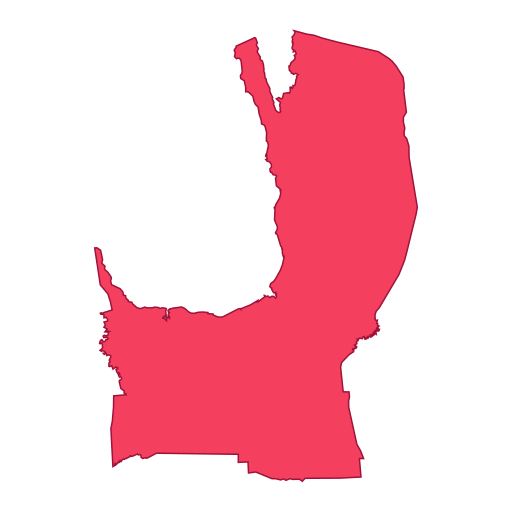 outline of Agusan del Norte, Agusan del Norte, Philippines
{"feature_id": "2640588B29392713909073", "entity_name": "Agusan del Norte", "entity_type": "district", "adm_level": 2, "iso_a3": "PHL", "parent_name": "Philippines", "parent_adm1": "Agusan del Norte", "projection": "orthographic", "projection_center": [125.42, 9.081], "detail": "fine", "context": "isolated", "style": "filled", "palette": "rose", "viewbox_px": 512, "rotation_deg": 0, "n_neighbors": 0, "source": "geoboundaries", "source_scale": "gbopen_adm2", "svg_char_len": 6029}
<svg xmlns="http://www.w3.org/2000/svg" viewBox="0 0 512 512"><path d="M406.4,112.2L403.6,89.5L404.1,88.6L404.0,83.8L403.0,76.9L396.2,66.1L392.1,61.2L388.8,58.4L378.4,51.7L336.2,41.8L322.3,38.1L314.2,35.3L306.7,34.1L294.0,30.7L295.1,32.1L293.9,35.1L292.1,36.9L292.7,39.5L292.1,41.9L293.2,42.9L292.6,43.6L293.1,44.0L292.0,47.9L292.5,49.4L293.6,49.8L293.3,51.9L295.3,51.2L296.2,54.0L294.2,55.4L295.2,57.4L294.6,59.5L291.1,62.6L289.9,65.8L288.9,66.1L289.4,70.4L291.0,71.8L291.3,73.1L292.4,73.2L293.5,74.4L295.7,73.4L298.1,74.5L296.5,76.4L296.8,78.2L296.1,79.0L295.1,84.9L293.7,85.8L293.0,85.5L292.9,87.5L292.1,88.5L291.1,87.0L290.0,87.3L290.3,90.9L289.5,93.1L288.3,92.7L283.6,93.4L282.6,97.6L281.7,98.6L281.1,98.9L278.9,97.5L276.3,98.9L280.4,102.4L279.7,105.0L280.3,108.2L280.0,109.8L280.8,111.2L280.5,111.9L278.4,112.5L275.8,110.4L273.5,104.2L273.9,102.5L272.3,99.0L272.7,97.6L269.9,91.7L269.8,88.3L266.7,82.2L266.1,78.9L265.0,77.9L264.6,73.3L263.7,70.7L264.0,69.6L263.4,64.4L262.3,60.9L260.2,59.5L260.2,56.8L257.1,51.8L258.4,48.5L256.6,45.8L256.5,44.3L257.4,42.8L255.6,38.0L254.8,37.6L236.2,46.1L236.0,47.5L234.3,49.9L234.3,50.9L235.3,52.5L234.5,56.7L236.6,58.8L238.2,58.1L239.7,58.5L241.1,60.9L242.2,71.2L241.9,73.2L240.4,75.6L240.7,78.5L244.2,80.7L245.7,87.3L245.7,91.8L246.9,91.6L249.1,92.6L252.9,96.2L253.9,101.0L255.4,104.4L258.1,107.1L259.1,113.7L261.3,120.6L261.5,123.9L264.2,125.1L265.1,126.6L266.6,132.6L266.3,140.9L267.6,142.0L268.4,145.4L266.6,153.9L266.0,154.3L266.7,155.3L265.8,155.5L265.6,156.2L267.0,157.4L267.1,159.3L265.8,159.5L267.1,161.2L269.2,161.7L271.3,164.1L271.4,167.1L270.0,168.7L270.1,171.2L270.6,172.3L271.5,172.3L273.3,174.9L275.5,175.0L276.3,175.7L276.5,176.4L275.5,178.2L276.4,185.8L280.8,189.7L280.6,190.8L280.2,190.5L280.7,193.4L279.6,198.1L276.0,204.1L274.9,207.7L274.4,207.3L274.2,207.7L275.0,209.9L274.5,219.9L277.4,226.8L277.2,229.5L275.5,232.6L276.2,234.4L276.2,232.9L277.5,235.3L280.6,245.7L281.8,247.7L281.9,249.2L282.3,249.2L282.4,253.3L283.1,255.9L283.4,256.7L284.0,256.2L284.2,256.9L282.4,264.8L280.3,270.3L275.6,278.8L274.1,280.9L270.7,283.6L269.8,286.4L270.6,287.7L271.7,288.1L271.8,289.6L273.7,292.9L275.8,292.5L275.7,293.5L276.5,294.0L275.5,294.8L276.7,296.1L275.6,298.1L273.7,296.4L272.1,296.2L269.8,297.6L267.9,296.0L265.7,296.6L264.8,295.4L264.3,295.4L265.0,296.6L258.4,301.6L257.3,301.9L257.8,300.5L250.4,304.9L240.9,308.8L240.9,309.3L240.4,308.6L238.5,308.8L222.5,317.0L219.0,317.1L216.4,316.4L213.4,315.1L213.1,314.0L208.0,313.7L208.0,312.5L202.6,312.0L198.1,312.3L194.2,313.3L191.0,313.1L188.5,311.8L184.9,308.5L181.6,307.0L172.5,308.2L170.2,309.2L170.0,308.8L168.0,310.3L168.5,312.3L169.4,312.5L168.2,314.5L168.2,316.2L168.6,315.7L169.5,316.4L169.5,318.2L168.5,317.4L166.8,318.1L166.7,317.2L165.5,316.9L166.3,317.8L166.5,320.6L164.3,318.5L162.7,317.9L162.7,317.4L164.4,317.0L165.1,315.6L166.2,315.6L165.7,310.8L166.4,309.0L165.9,308.3L162.4,307.8L159.9,308.4L158.4,307.5L154.6,307.1L152.3,307.8L147.4,307.9L144.8,307.1L140.7,308.6L137.1,307.8L132.8,304.1L131.7,302.1L129.4,301.9L128.2,301.2L128.4,300.5L125.8,298.0L125.6,295.6L123.6,295.3L122.8,291.8L120.1,288.7L111.6,284.7L110.6,281.0L111.4,278.2L111.1,277.0L107.9,272.2L105.0,269.7L104.5,268.5L105.0,266.1L101.8,263.3L102.6,259.7L100.6,250.3L97.0,247.8L94.7,247.9L100.3,284.9L107.9,293.9L110.5,302.2L112.1,310.0L103.9,312.5L102.8,313.3L101.4,312.8L100.3,313.2L100.6,314.1L103.9,314.5L104.0,317.9L106.3,317.3L107.8,319.9L107.5,321.0L104.0,322.0L105.4,325.1L103.9,327.2L107.1,329.0L104.9,331.9L106.7,332.0L107.6,331.0L109.2,331.5L107.8,332.0L108.3,333.1L108.1,335.0L106.0,335.7L104.2,335.2L103.1,336.1L103.7,337.6L107.1,337.2L108.1,338.4L107.5,339.4L106.0,339.4L105.6,340.7L104.3,341.7L103.3,341.6L101.8,339.6L100.5,340.4L99.5,343.2L100.1,343.8L101.8,343.0L102.4,344.8L102.5,348.3L100.0,350.3L101.4,351.3L102.7,350.6L105.0,351.7L105.1,353.2L103.3,353.3L104.2,354.4L106.0,353.2L106.8,355.6L108.7,354.9L110.6,355.6L110.9,356.8L109.2,360.2L110.2,361.9L109.0,362.8L108.8,366.1L109.4,366.6L111.7,365.8L113.0,369.1L115.7,367.1L117.8,367.9L117.8,368.5L116.0,369.4L116.5,371.2L117.4,373.0L118.6,372.6L119.4,373.2L119.6,374.3L118.3,374.2L118.3,374.7L119.4,377.1L120.5,376.3L121.7,378.5L120.6,380.0L119.6,380.2L119.2,381.7L120.9,388.6L124.1,390.8L124.1,393.1L125.7,393.7L126.1,394.8L113.7,395.8L113.5,407.6L112.3,421.4L110.9,428.5L112.9,466.6L115.2,465.3L114.6,464.2L115.4,463.4L115.9,464.7L118.1,462.8L118.5,461.7L119.6,462.3L120.2,460.4L121.2,461.4L122.7,459.3L124.4,459.3L125.1,458.5L125.8,458.7L129.2,457.0L130.3,455.8L130.6,456.4L133.1,456.0L137.2,454.1L138.3,454.9L140.1,454.6L141.1,455.8L141.0,457.2L142.7,458.5L145.7,457.6L146.2,458.2L147.6,457.9L156.5,453.2L238.3,454.3L238.3,462.4L248.0,461.9L248.5,473.0L255.7,472.0L272.0,478.7L275.5,478.7L280.7,479.9L283.6,478.9L286.0,480.3L289.9,478.7L292.7,479.4L299.5,479.2L302.3,481.3L305.1,478.3L340.3,478.1L361.0,477.0L359.4,458.6L363.6,458.6L360.4,450.5L356.9,444.4L348.7,407.2L348.6,400.9L349.5,397.1L349.0,391.9L343.2,391.8L340.6,367.2L341.6,362.5L349.3,354.5L353.6,351.7L353.8,349.9L352.5,349.8L352.7,348.9L355.7,348.3L355.4,347.0L356.2,347.8L356.6,347.4L356.7,346.7L354.6,345.0L356.9,343.7L356.3,341.8L358.1,340.5L357.2,339.0L358.6,339.3L359.4,338.1L362.1,338.7L362.6,337.3L364.2,336.5L364.5,338.9L365.8,339.2L365.8,338.0L366.9,338.3L367.3,336.9L368.0,338.0L369.0,336.2L370.4,337.1L371.4,336.8L370.4,334.8L371.8,334.9L372.4,336.0L373.2,335.3L372.2,334.3L374.4,333.6L373.8,335.0L374.9,334.2L375.1,333.0L376.2,334.0L375.9,332.1L373.7,332.3L375.3,330.2L375.9,330.2L375.4,330.9L376.1,331.4L376.5,329.9L377.3,330.9L378.0,329.7L378.6,330.9L379.1,330.6L379.4,329.3L378.4,329.4L378.1,328.4L376.8,328.3L377.1,327.5L378.0,327.2L377.8,326.3L378.9,326.0L377.5,325.0L377.6,323.4L376.7,323.2L377.4,320.1L375.9,320.4L375.2,319.6L375.0,315.0L376.1,311.4L379.3,307.7L399.0,274.4L404.5,260.5L406.7,252.4L416.2,213.7L417.3,207.1L409.1,157.5L408.9,146.0L406.7,138.6L404.2,135.7L404.1,132.1L404.8,128.1L403.4,122.2L403.4,117.2L406.4,112.2Z" fill="#f43f5e" stroke="#9f1239" stroke-width="1.5"/></svg>